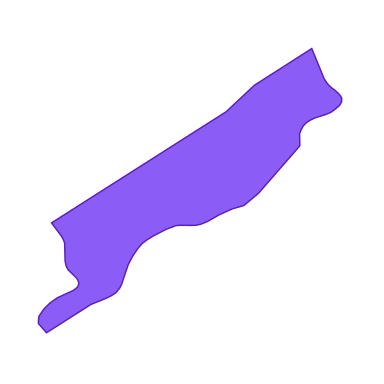 Suhaj, orthographic projection, rotated 96°
{"feature_id": "EGY-1552", "entity_name": "Suhaj", "entity_type": "Governorate", "adm_level": 1, "iso_a3": "EGY", "parent_name": "Egypt", "parent_adm1": "", "projection": "orthographic", "projection_center": [31.858, 26.536], "detail": "fine", "context": "isolated", "style": "filled", "palette": "violet", "viewbox_px": 384, "rotation_deg": 96, "n_neighbors": 0, "source": "natural_earth", "source_scale": "10m", "svg_char_len": 915}
<svg xmlns="http://www.w3.org/2000/svg" viewBox="0 0 384 384"><g transform="rotate(96 192 192)"><path d="M335.7,331.3L331.5,331.2L324.1,327.2L317.5,321.9L311.3,314.9L302.2,299.6L298.3,295.7L294.5,295.0L291.2,296.5L289.5,298.0L282.4,307.0L278.6,309.5L273.9,311.0L256.2,313.3L252.9,314.9L249.6,317.2L237.4,328.5L108.5,166.3L79.3,141.1L36.8,87.9L65.4,72.5L68.9,69.7L71.8,66.8L73.8,64.0L75.9,60.5L79.0,56.3L81.4,54.0L83.3,52.8L86.7,52.7L90.6,54.4L95.9,59.5L98.4,62.5L100.6,66.4L105.4,77.3L107.9,81.5L110.9,85.3L114.5,88.2L119.0,90.1L122.5,91.1L134.8,89.6L186.4,125.8L200.0,139.0L204.7,150.5L211.9,162.7L219.9,173.8L223.2,180.1L224.9,185.4L226.4,200.8L227.2,204.7L231.9,214.0L239.4,225.4L244.2,231.7L248.5,236.2L254.1,240.1L262.2,244.4L271.1,247.9L291.3,252.4L295.2,253.9L300.0,257.1L303.3,261.0L306.0,265.1L314.4,280.8L347.2,322.0L338.9,331.0L335.7,331.3Z" fill="#8b5cf6" stroke="#5b21b6" stroke-width="1.5"/></g></svg>